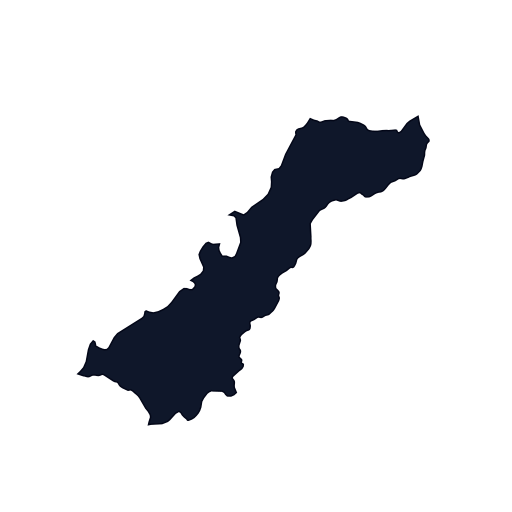 outline of Chumphon, rotated 208°
{"feature_id": "THA-375", "entity_name": "Chumphon", "entity_type": "Province", "adm_level": 1, "iso_a3": "THA", "parent_name": "Thailand", "parent_adm1": "", "projection": "natural_earth1", "projection_center": [99.017, 10.32], "detail": "fine", "context": "isolated", "style": "filled", "palette": "ink", "viewbox_px": 512, "rotation_deg": 208, "n_neighbors": 0, "source": "natural_earth", "source_scale": "10m", "svg_char_len": 5096}
<svg xmlns="http://www.w3.org/2000/svg" viewBox="0 0 512 512"><g transform="rotate(208 256 256)"><path d="M251.2,82.7L253.3,79.3L255.4,70.9L256.4,68.5L260.3,63.9L269.8,58.2L271.7,56.6L272.4,59.1L273.3,64.1L273.9,65.0L274.8,66.2L278.1,68.3L281.9,69.9L292.0,76.2L294.3,77.3L296.5,77.9L298.2,78.2L301.4,79.0L303.0,79.1L304.2,78.9L305.4,77.8L306.1,77.4L312.0,77.1L314.7,77.4L316.3,78.1L317.8,79.1L318.9,79.5L319.8,79.5L320.7,79.2L321.6,78.9L323.3,78.8L334.3,79.8L336.0,79.6L336.6,79.1L337.7,77.7L338.9,76.6L340.5,75.9L341.4,75.7L343.0,75.0L344.4,74.2L345.0,73.6L345.5,72.9L346.0,72.2L346.5,71.5L347.1,70.9L347.8,70.5L348.7,70.2L351.1,69.7L352.1,69.3L357.9,68.3L356.8,71.6L355.7,76.5L356.2,83.0L359.9,94.6L360.8,100.4L359.9,104.6L357.9,104.4L356.2,102.5L355.7,101.3L351.3,101.1L347.9,101.5L345.6,102.1L343.6,103.5L342.8,106.0L342.8,117.4L341.7,122.5L327.4,147.4L326.5,149.9L327.1,152.8L327.8,154.7L327.2,155.9L324.1,156.2L319.9,157.5L316.0,160.9L312.7,165.3L310.1,169.8L308.6,175.4L306.7,188.7L304.3,193.4L301.8,194.6L298.8,195.1L296.4,196.4L295.4,200.1L295.9,202.2L297.4,203.4L299.5,204.0L302.0,203.9L300.3,207.6L298.1,210.6L296.2,213.8L295.4,218.1L296.9,221.7L304.2,227.4L306.9,230.6L307.3,234.1L307.0,239.2L306.0,243.8L304.4,245.7L300.9,245.7L299.2,246.1L293.9,249.5L293.1,246.0L291.3,243.5L288.9,241.7L285.7,239.9L282.1,241.9L279.0,242.2L276.4,242.8L274.2,245.7L274.2,248.8L275.8,260.9L278.3,265.0L287.2,274.3L291.6,280.4L294.3,281.2L298.8,279.8L295.7,285.4L286.1,286.4L284.0,290.4L282.6,297.0L276.2,309.3L274.2,316.2L274.7,323.8L277.0,328.8L279.6,332.9L280.7,337.8L280.0,341.1L276.6,343.9L275.9,347.5L277.5,359.7L277.5,381.5L277.8,382.4L278.6,383.2L279.2,384.4L279.1,386.4L278.2,388.0L275.2,390.7L274.2,392.2L273.4,395.0L272.9,397.6L272.6,402.7L268.7,403.0L265.2,403.9L263.2,403.8L262.5,404.0L261.4,404.6L258.6,407.7L253.7,410.8L251.0,412.0L249.2,413.9L248.4,415.2L247.4,417.1L246.5,418.4L245.5,419.1L244.0,419.6L241.2,420.0L239.7,419.8L238.8,419.3L238.3,418.8L237.9,418.6L237.2,418.5L229.0,421.6L226.5,422.0L222.6,422.1L221.6,422.0L220.7,421.8L219.9,421.5L217.7,420.1L216.9,419.8L216.0,419.7L214.7,419.8L211.5,420.9L207.2,423.1L203.0,426.1L199.4,428.2L197.8,428.8L195.7,430.2L195.0,430.6L192.2,432.5L191.5,432.8L190.8,432.9L190.3,432.5L189.7,432.0L189.0,431.7L188.1,431.6L187.1,432.5L186.2,434.2L184.8,443.9L183.5,447.2L178.5,455.4L173.1,448.5L165.3,443.1L162.7,441.7L158.6,440.3L157.7,439.6L157.2,438.6L157.4,437.7L157.7,436.9L157.9,435.8L157.9,434.5L156.8,431.4L156.6,430.1L156.6,429.1L156.3,428.0L155.9,426.8L154.6,424.2L154.3,423.1L154.1,422.1L153.1,417.8L151.6,412.9L151.2,410.4L151.2,408.6L152.5,404.2L152.9,403.4L153.4,402.6L154.5,401.4L156.9,399.1L158.0,397.9L158.5,397.1L161.2,394.0L161.9,393.5L162.7,393.1L163.5,392.8L164.4,392.6L165.2,392.2L165.9,391.8L166.6,391.2L168.3,388.2L168.8,387.5L171.6,384.4L172.1,383.0L172.7,381.0L173.5,376.6L174.0,374.6L174.6,373.1L175.6,371.7L176.2,371.1L176.9,370.6L177.6,370.2L179.4,368.4L180.4,367.1L182.5,363.3L183.5,361.9L184.1,361.3L186.3,360.0L187.0,359.7L187.8,359.6L188.5,359.8L189.2,360.1L189.9,360.3L191.8,360.4L193.6,360.9L194.6,360.4L195.9,359.2L199.6,352.3L201.5,349.7L202.4,348.1L202.9,347.5L203.5,346.8L206.0,344.8L206.2,344.6L207.5,344.0L211.3,343.4L212.1,343.0L215.1,340.1L216.5,337.8L217.1,335.8L217.4,333.0L217.8,331.4L218.4,330.1L220.7,327.1L221.4,325.8L223.3,314.7L223.4,311.9L223.4,310.0L216.7,298.9L215.9,297.3L214.5,295.0L213.4,292.7L213.0,291.5L212.8,290.1L212.8,287.3L214.1,281.6L214.8,280.0L215.4,278.9L215.9,278.2L217.3,276.0L218.3,273.8L218.5,272.4L218.3,271.3L217.6,268.4L217.5,265.5L217.7,263.9L218.4,263.0L219.2,262.8L220.0,262.3L220.7,261.4L222.3,257.5L224.9,253.4L226.3,250.3L226.8,248.4L226.8,247.0L226.6,246.0L226.2,245.3L225.4,243.0L225.3,240.8L225.1,239.4L224.7,238.5L224.2,237.8L223.7,237.0L223.1,236.5L220.4,235.7L219.6,235.3L218.8,234.9L218.3,234.1L218.0,232.8L217.7,231.7L217.1,231.1L215.9,230.0L215.5,229.2L215.3,228.2L215.1,227.2L215.1,218.4L215.3,216.4L215.7,214.9L216.1,213.9L217.2,210.7L217.5,210.2L217.9,209.8L219.6,208.3L220.2,207.6L221.6,205.2L222.1,204.6L222.7,204.1L225.1,203.4L225.8,202.8L226.3,202.1L228.0,198.9L230.2,196.1L230.4,195.0L230.2,194.1L229.7,193.3L228.5,191.9L228.0,190.9L227.4,189.3L227.4,188.1L227.8,187.3L228.4,186.7L229.4,185.6L230.4,183.8L232.0,179.8L232.3,177.7L232.2,176.3L230.8,175.0L230.1,174.0L229.3,169.5L228.9,168.3L228.0,166.9L227.4,166.3L225.8,165.5L225.2,164.9L224.8,164.2L224.5,163.2L224.2,160.0L223.9,159.2L223.3,158.7L221.6,158.1L220.6,157.9L219.9,157.5L219.5,156.8L219.3,155.8L219.0,155.0L218.5,154.5L217.0,154.6L216.3,154.3L215.6,152.6L215.6,151.3L215.7,150.1L216.0,149.2L216.4,148.3L217.2,146.7L220.0,138.9L220.0,137.6L219.6,136.8L217.2,135.7L216.5,135.2L216.0,134.6L215.5,133.7L214.5,131.3L213.5,129.7L209.3,126.2L210.4,123.2L212.4,120.6L215.6,119.0L217.8,119.6L219.8,120.7L222.4,120.8L230.9,116.6L232.0,116.3L233.8,114.0L234.8,111.8L235.7,106.2L235.7,102.1L233.8,96.5L233.3,93.1L233.4,90.2L234.0,87.2L234.9,84.3L236.3,81.9L238.5,79.3L239.4,78.9L240.6,79.6L243.7,80.2L246.4,81.1L248.9,82.6L251.2,82.7Z" fill="#0f172a" stroke="#020617" stroke-width="1.5"/></g></svg>